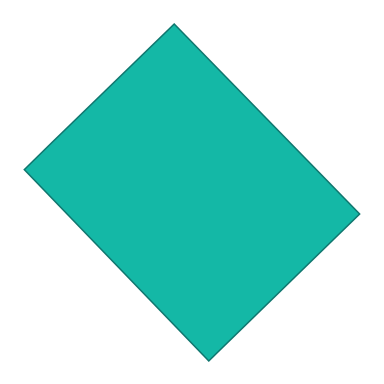 Wichita, Kansas, United States of America (Mercator projection), rotated 316°
{"feature_id": "52423323B71882336368987", "entity_name": "Wichita", "entity_type": "district", "adm_level": 2, "iso_a3": "USA", "parent_name": "United States of America", "parent_adm1": "Kansas", "projection": "mercator", "projection_center": [-101.426, 38.482], "detail": "fine", "context": "isolated", "style": "filled", "palette": "teal", "viewbox_px": 384, "rotation_deg": 316, "n_neighbors": 0, "source": "geoboundaries", "source_scale": "gbopen_adm2", "svg_char_len": 247}
<svg xmlns="http://www.w3.org/2000/svg" viewBox="0 0 384 384"><g transform="rotate(316 192 192)"><path d="M86.9,59.4L86.7,325.2L98.7,325.1L297.3,324.3L295.9,58.8L126.3,59.1L86.9,59.4Z" fill="#14b8a6" stroke="#0f766e" stroke-width="1.5"/></g></svg>